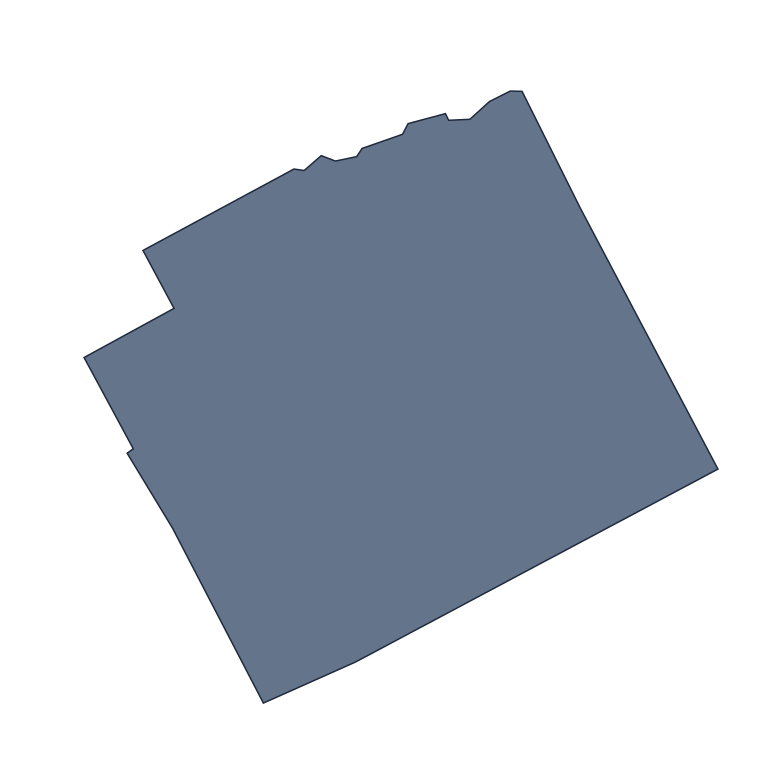 Crowley, Colorado, United States of America, rotated 152°
{"feature_id": "52423323B77951538524866", "entity_name": "Crowley", "entity_type": "district", "adm_level": 2, "iso_a3": "USA", "parent_name": "United States of America", "parent_adm1": "Colorado", "projection": "robinson", "projection_center": [-103.821, 38.318], "detail": "fine", "context": "isolated", "style": "filled", "palette": "slate", "viewbox_px": 768, "rotation_deg": 152, "n_neighbors": 0, "source": "geoboundaries", "source_scale": "gbopen_adm2", "svg_char_len": 471}
<svg xmlns="http://www.w3.org/2000/svg" viewBox="0 0 768 768"><g transform="rotate(152 384 384)"><path d="M124.7,577.6L135.1,583.4L158.3,583.9L183.9,577.4L203.1,586.5L202.8,593.9L240.5,602.6L250.4,595.8L292.7,602.3L301.4,597.6L322.3,603.7L332.2,615.1L354.3,610.0L362.6,616.1L534.1,615.1L533.9,549.4L636.4,548.2L635.8,444.5L643.3,443.5L638.4,356.0L640.3,158.9L539.5,151.9L129.1,152.1L128.1,447.0L124.7,577.6Z" fill="#64748b" stroke="#1e293b" stroke-width="1.5"/></g></svg>